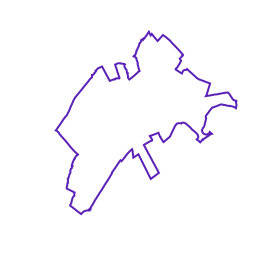 Letcani, Iasi, Romania, rotated 225°
{"feature_id": "2599482B61117657494910", "entity_name": "Letcani", "entity_type": "district", "adm_level": 2, "iso_a3": "ROU", "parent_name": "Romania", "parent_adm1": "Iasi", "projection": "natural_earth1", "projection_center": [27.401, 47.196], "detail": "fine", "context": "isolated", "style": "outline", "palette": "violet", "viewbox_px": 256, "rotation_deg": 225, "n_neighbors": 0, "source": "geoboundaries", "source_scale": "gbopen_adm2", "svg_char_len": 5816}
<svg xmlns="http://www.w3.org/2000/svg" viewBox="0 0 256 256"><g transform="rotate(225 128 128)"><path d="M181.3,210.9L180.9,209.9L181.0,209.6L181.0,209.0L180.4,207.0L180.2,205.2L180.6,204.5L180.3,204.7L180.1,204.3L180.0,204.2L179.9,203.8L179.9,203.7L180.0,203.5L180.2,203.0L180.0,202.6L179.8,202.5L180.0,202.2L180.2,201.9L179.9,201.4L180.1,201.4L180.3,201.5L180.5,201.5L180.5,201.1L180.2,200.8L180.2,200.5L180.3,200.2L180.4,199.9L180.8,199.6L180.5,199.3L180.4,198.9L179.9,198.7L179.8,197.1L179.7,196.8L179.8,196.6L179.7,195.7L179.4,195.6L179.2,195.2L178.0,192.8L177.7,191.9L177.7,191.7L177.3,190.7L177.2,190.6L176.9,189.9L176.8,189.3L176.8,189.0L176.7,188.6L175.9,187.7L175.9,187.4L175.5,187.1L175.5,186.7L175.2,186.2L175.1,185.8L174.9,185.6L174.8,185.3L174.6,185.1L174.6,184.8L174.4,184.4L174.5,184.1L174.7,183.9L174.7,183.3L174.8,183.0L174.7,182.6L173.5,183.1L172.8,183.3L172.0,183.4L171.6,183.4L171.4,183.3L170.9,182.7L170.4,182.4L167.2,181.0L166.8,180.7L166.7,180.3L165.6,179.4L163.6,178.4L162.5,177.6L160.1,176.5L160.5,174.7L160.4,174.4L160.5,171.9L160.6,169.5L161.3,163.2L162.3,163.3L163.2,163.5L163.6,163.6L164.0,163.9L164.6,164.6L166.5,165.8L166.8,166.5L167.2,166.2L167.6,166.2L169.6,167.7L170.5,168.2L171.1,168.0L173.2,168.6L174.1,169.0L174.4,169.3L175.1,170.3L175.4,170.4L175.3,170.8L175.8,170.8L176.1,170.4L176.7,169.9L177.3,169.7L178.2,168.8L178.5,168.6L178.9,168.6L180.1,167.5L180.9,166.5L181.9,163.7L179.5,162.4L179.1,162.3L176.5,161.0L175.1,160.1L173.5,159.5L172.0,158.6L169.5,157.5L169.3,157.3L169.2,157.0L170.3,156.0L170.9,155.2L171.5,154.8L171.6,154.6L171.7,154.1L171.7,153.9L171.5,153.5L171.5,153.1L171.8,152.8L172.3,152.7L174.2,148.4L189.8,153.1L190.3,151.8L191.5,148.8L191.3,147.6L191.4,145.6L190.8,145.5L190.5,143.5L190.7,143.0L190.5,142.7L190.2,142.0L190.3,141.1L191.0,140.1L190.0,139.1L189.6,138.9L189.5,138.7L189.4,138.6L189.4,135.1L189.0,132.8L188.9,131.4L188.6,128.7L188.4,126.3L187.9,122.2L187.1,113.7L186.8,111.6L186.7,111.1L186.0,108.9L184.4,104.9L183.8,103.1L181.8,98.5L181.3,96.9L181.0,95.8L180.1,93.2L180.3,91.8L180.1,91.1L180.0,90.5L179.8,88.9L178.5,82.2L177.3,75.3L176.6,75.7L173.2,75.7L172.5,75.3L160.0,74.5L155.5,73.9L151.0,73.7L149.3,73.6L144.6,73.9L144.6,73.1L144.9,71.7L144.3,69.3L144.4,68.9L143.7,68.1L143.9,67.4L143.4,66.4L143.3,65.9L142.5,64.0L142.2,63.8L141.4,61.9L141.2,61.6L140.3,61.9L140.0,60.8L139.4,59.9L139.4,59.6L139.5,59.4L139.6,59.0L138.7,57.3L138.7,57.0L137.6,56.2L137.2,55.8L137.0,55.3L136.8,54.6L136.8,54.3L136.6,53.8L135.6,52.2L135.6,51.9L135.0,51.0L134.6,50.1L134.8,49.9L134.8,49.6L134.0,49.0L133.0,48.1L132.6,47.3L131.6,46.8L131.5,45.7L130.5,44.6L130.0,43.7L129.5,43.0L129.1,42.3L128.4,41.9L120.1,44.6L119.3,43.2L118.3,42.5L118.0,42.1L118.0,41.8L118.1,40.7L117.9,39.7L116.6,37.3L114.9,34.6L114.8,34.1L114.5,33.1L114.1,32.2L108.4,33.0L105.3,33.3L100.3,34.0L100.4,35.6L100.4,36.2L100.2,37.7L100.0,38.4L99.6,39.3L98.9,40.4L98.4,41.1L97.0,42.3L97.9,42.9L97.7,43.3L97.8,43.7L97.5,43.7L97.0,44.0L97.6,44.6L98.0,45.4L98.4,46.5L99.1,49.7L100.2,53.4L101.1,57.6L101.3,58.1L101.6,59.8L102.2,62.1L102.9,66.1L103.1,66.5L103.8,69.9L104.2,70.9L104.3,71.6L104.6,73.0L105.0,74.9L105.6,77.9L107.3,84.6L107.6,84.8L107.9,85.4L108.1,86.6L108.6,89.7L110.4,98.8L110.5,99.8L109.1,99.9L109.2,101.1L109.6,105.2L109.9,106.5L110.0,108.0L110.2,108.7L110.3,112.6L110.2,115.9L109.6,115.7L108.2,114.8L106.2,113.0L105.6,112.8L104.9,112.2L103.7,111.1L103.2,110.8L102.1,116.8L75.9,108.1L74.4,118.1L104.8,127.2L104.7,127.8L103.7,131.6L102.6,135.3L102.1,136.2L102.3,136.5L103.8,137.2L104.6,137.3L105.4,137.5L106.4,137.6L106.9,137.7L105.0,141.7L103.3,145.7L103.0,146.2L102.2,145.7L99.5,144.6L99.2,144.5L98.4,144.6L98.0,144.2L97.4,144.0L95.8,143.8L94.2,143.3L93.4,143.1L92.9,143.1L92.5,148.4L92.2,150.8L92.3,152.0L93.0,153.7L95.8,161.7L96.0,162.2L96.1,162.5L96.2,163.6L96.5,164.5L96.5,165.6L96.4,166.0L95.5,167.3L94.8,168.0L93.5,168.8L93.6,169.6L93.5,170.1L93.0,170.6L91.3,171.8L90.6,171.8L90.4,172.0L86.3,172.3L85.7,172.3L85.0,172.5L83.7,172.4L82.8,172.2L80.5,172.3L80.3,172.4L79.3,172.5L77.4,172.6L75.5,172.7L74.6,172.6L73.6,172.4L73.0,171.9L72.3,171.7L71.9,171.3L71.6,170.8L71.3,170.0L71.3,168.5L68.6,168.9L67.5,168.8L66.8,168.9L66.9,170.9L67.2,172.6L66.6,172.7L66.8,173.7L66.4,175.3L66.2,176.2L66.1,177.4L65.7,178.5L65.5,180.5L65.1,182.0L64.9,182.5L64.5,183.2L67.4,183.0L67.1,182.0L66.9,181.2L67.0,180.7L67.4,180.0L67.7,179.1L68.0,178.7L69.6,177.7L70.2,177.5L71.9,177.5L72.5,177.7L73.4,178.3L74.0,178.4L74.9,180.7L75.0,180.9L75.0,181.9L75.2,182.6L75.9,184.2L77.3,186.3L78.1,187.7L79.1,189.3L79.4,190.0L79.8,190.3L80.3,190.4L80.6,190.6L81.2,191.2L81.5,191.7L82.4,197.5L82.6,199.2L82.9,201.7L82.9,201.9L81.7,204.0L81.4,205.0L80.7,206.3L80.5,206.9L80.2,207.5L79.6,209.1L78.8,210.6L77.3,211.7L76.9,211.8L75.8,212.7L73.6,214.0L71.9,215.2L71.9,215.5L68.3,217.7L67.4,218.0L65.7,218.3L66.4,219.5L67.7,221.1L68.1,221.4L69.3,222.1L69.7,222.4L69.9,222.8L70.1,223.4L70.5,223.8L70.9,223.8L71.9,223.0L72.5,222.7L72.9,222.5L73.6,222.4L74.7,222.5L80.4,223.7L82.3,223.8L82.6,223.6L83.1,223.0L84.2,221.6L88.1,216.0L88.2,215.6L88.4,215.3L90.6,212.7L91.1,211.8L93.6,208.2L95.5,205.7L95.8,206.8L96.2,207.7L99.8,214.4L100.5,215.9L101.4,217.5L111.9,212.8L112.0,212.6L113.4,212.3L114.0,212.1L128.0,211.4L127.9,210.4L127.9,210.2L128.8,209.3L129.2,208.7L129.4,207.8L129.4,207.2L128.5,204.9L128.4,204.7L131.0,204.0L135.6,203.1L135.8,203.8L135.9,204.1L136.1,204.1L136.1,206.0L136.2,206.6L136.4,207.0L136.5,207.9L136.6,208.0L136.9,209.2L136.9,210.0L137.0,210.3L137.5,211.1L137.9,213.0L140.4,213.6L140.5,214.9L140.4,215.9L140.5,217.9L141.2,217.9L141.2,218.7L147.9,219.1L157.8,219.3L160.4,219.5L164.6,219.1L165.6,219.1L167.2,218.7L169.0,218.5L168.8,214.0L168.6,212.1L168.6,210.4L177.7,211.3L177.6,210.8L177.4,209.9L177.4,209.5L180.0,210.2L181.0,210.9L181.3,210.9Z" fill="none" stroke="#5b21b6" stroke-width="2"/></g></svg>